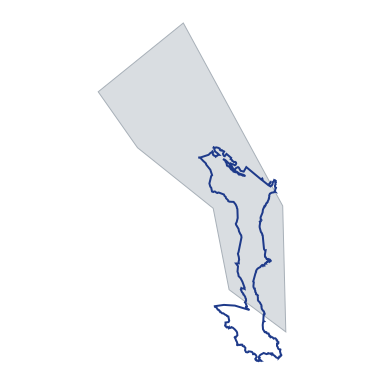 location of East Mahe, Anse Royale, Seychelles
{"feature_id": "34574756B49819614716360", "entity_name": "East Mahe", "entity_type": "district", "adm_level": 2, "iso_a3": "SYC", "parent_name": "Seychelles", "parent_adm1": "Anse Royale", "projection": "natural_earth1", "projection_center": [55.513, -4.728], "detail": "fine", "context": "in_parent", "style": "outline", "palette": "blue", "viewbox_px": 384, "rotation_deg": 0, "n_neighbors": 0, "source": "geoboundaries", "source_scale": "gbopen_adm2", "svg_char_len": 6283}
<svg xmlns="http://www.w3.org/2000/svg" viewBox="0 0 384 384"><path d="M282.7,205.9L285.8,331.9L229.1,289.7L213.2,208.3L137.5,147.7L98.2,91.8L183.3,23.0L282.7,205.9Z" fill="#d9dde1" stroke="#a8b0b8" stroke-width="1"/><path d="M213.5,147.7L214.5,148.2L214.3,149.3L215.1,151.5L217.2,153.0L219.2,154.9L218.0,154.9L217.3,155.7L216.4,155.8L215.7,156.7L215.1,156.0L214.0,155.6L213.2,154.9L213.3,154.5L212.8,154.0L212.6,153.3L213.0,152.2L212.4,151.4L211.6,152.5L210.6,152.8L208.6,154.8L200.7,157.4L198.3,157.5L200.4,157.9L203.3,161.0L205.4,162.9L206.0,163.6L206.1,164.4L206.6,165.1L210.3,169.7L212.1,175.2L211.2,176.1L209.4,183.5L210.3,186.7L211.2,187.7L212.0,191.5L213.3,192.0L214.1,191.5L214.9,191.5L216.7,192.8L217.5,193.0L218.2,192.5L219.2,192.7L223.9,194.5L224.6,196.0L225.7,196.9L226.0,198.2L228.2,200.4L228.3,201.2L229.6,201.7L233.6,201.9L235.6,204.4L236.8,207.0L236.9,208.0L237.4,209.0L237.7,218.0L236.7,222.0L235.8,223.8L236.1,224.8L238.5,228.8L239.0,231.3L240.3,234.0L241.2,235.3L241.5,237.4L238.5,252.2L237.9,253.7L238.8,257.0L239.1,259.7L238.6,261.6L238.8,263.4L236.0,263.5L238.0,266.2L237.5,271.6L238.3,274.0L238.6,276.1L240.5,278.1L242.4,281.7L244.6,287.7L244.2,287.9L244.5,288.9L243.3,288.4L241.9,288.6L241.3,288.1L240.8,289.5L242.0,292.2L243.3,293.6L243.3,294.5L244.2,295.2L245.2,296.9L245.5,298.2L245.9,298.7L246.1,300.4L245.6,301.2L245.8,301.5L245.0,302.4L245.5,302.9L246.9,306.3L246.0,306.7L245.9,307.1L246.3,307.8L249.5,310.0L234.9,305.6L223.9,304.9L214.8,306.2L214.9,306.8L216.5,307.5L217.7,309.6L218.3,309.7L219.0,310.5L219.3,310.4L219.9,311.3L220.3,311.5L220.3,312.2L221.2,312.4L222.1,313.3L223.3,313.3L225.0,314.6L226.3,315.2L227.0,316.0L227.4,315.9L228.0,316.6L228.4,316.6L229.2,320.8L228.5,322.1L225.5,322.5L225.6,324.4L225.4,324.4L225.1,325.6L225.6,325.8L225.8,326.5L226.7,327.4L227.2,327.2L227.9,327.5L228.0,327.2L228.6,327.6L228.9,327.3L229.0,328.2L229.7,327.8L230.7,327.9L231.3,327.1L232.8,327.7L234.9,329.5L236.6,331.5L237.1,332.6L237.4,335.3L236.3,336.6L236.0,336.6L235.7,337.3L235.0,337.0L234.7,337.3L235.7,339.4L236.1,340.7L236.5,341.1L237.0,342.2L237.3,343.5L237.4,344.0L237.1,344.3L237.2,345.1L237.8,345.2L238.9,344.7L239.7,345.0L240.7,344.9L240.9,344.6L242.3,344.7L242.6,345.9L244.0,346.6L244.2,346.4L245.4,347.9L245.1,350.3L246.0,352.1L247.3,352.4L248.2,352.1L248.5,351.4L250.0,351.5L251.9,351.9L253.1,353.4L253.1,354.1L254.2,354.1L254.4,353.8L254.9,354.1L255.8,355.0L256.6,356.6L256.6,357.1L255.3,358.9L255.7,359.9L256.4,360.5L257.1,360.9L257.5,360.8L257.4,360.5L258.3,361.0L258.6,360.5L259.6,360.8L260.0,360.5L260.3,360.6L260.2,360.3L260.8,360.4L259.4,359.1L259.2,358.8L259.6,357.9L258.9,357.7L258.8,357.2L259.7,355.5L260.6,354.7L263.7,353.0L266.5,354.1L267.7,353.8L267.8,353.4L268.2,353.1L269.1,353.6L270.2,353.4L270.7,354.0L271.1,353.8L271.3,354.0L271.6,353.7L272.0,354.6L272.6,353.9L273.0,354.7L274.7,355.8L274.8,356.2L275.2,356.3L276.3,357.5L278.2,358.1L278.6,357.8L278.6,358.1L279.5,357.1L279.4,356.8L279.8,356.8L280.6,356.2L280.5,355.6L281.3,355.2L281.2,354.6L280.8,354.3L280.0,351.4L280.4,349.5L280.0,349.3L279.2,349.4L278.6,349.1L277.9,347.9L277.7,346.9L277.0,346.0L277.0,343.8L277.7,343.9L278.3,343.4L278.4,342.1L277.4,341.6L277.2,340.4L276.6,340.3L276.4,339.4L275.4,338.3L274.2,338.3L273.7,338.6L272.5,337.3L271.0,337.0L270.7,336.5L270.3,337.0L269.9,336.3L269.3,336.1L269.1,334.5L268.6,334.3L268.5,333.5L266.6,333.2L266.2,332.7L266.3,332.2L265.7,331.9L264.7,332.1L263.0,329.2L262.7,325.1L263.0,322.5L263.3,321.3L263.7,321.6L264.2,321.4L263.3,320.7L263.6,315.2L263.7,314.8L264.0,315.0L264.4,314.7L264.7,313.8L263.8,311.3L263.1,310.8L261.8,308.9L261.4,306.5L261.6,306.2L261.2,304.7L260.2,303.4L260.1,302.7L258.3,300.9L257.9,300.0L257.9,297.8L257.6,295.6L257.8,295.4L257.2,294.7L256.1,294.3L256.0,293.0L255.2,291.8L255.4,291.1L254.8,289.6L254.8,288.8L254.4,288.9L253.6,287.4L253.4,286.1L253.8,282.2L253.2,281.6L255.4,273.5L256.1,271.9L255.9,271.7L256.2,270.6L257.0,269.3L258.3,268.1L260.3,267.1L260.5,266.6L261.8,265.3L262.1,265.5L262.4,265.2L262.7,265.6L262.8,265.3L263.5,265.1L263.9,265.6L264.4,265.6L264.3,264.9L265.0,263.6L265.5,263.6L265.3,263.4L265.6,263.0L266.4,262.6L266.8,261.9L267.6,262.0L268.0,260.8L268.5,261.0L268.9,260.7L269.5,261.6L269.8,261.2L270.1,261.4L270.6,261.2L270.7,260.8L270.2,260.6L270.2,259.9L269.6,259.4L269.0,259.6L268.1,258.9L266.7,259.1L265.7,257.2L265.0,256.8L264.9,254.7L265.6,250.4L265.0,250.6L264.0,249.0L262.7,235.4L262.2,234.9L262.3,234.3L261.5,232.6L261.2,232.5L260.9,231.9L259.7,227.6L259.6,226.1L260.3,221.7L259.9,222.0L259.8,221.7L260.8,221.2L260.6,220.2L260.9,219.5L261.1,219.5L260.6,218.7L260.6,217.3L262.6,212.4L262.9,209.8L264.1,206.9L264.4,207.1L265.1,206.1L263.8,205.9L265.1,206.0L266.3,203.3L266.8,202.8L267.0,202.9L267.6,202.1L267.5,201.9L269.0,198.7L268.8,198.4L269.3,196.7L269.2,195.4L269.9,193.7L271.6,192.7L274.0,192.3L274.5,191.6L275.2,191.8L274.7,191.2L275.2,190.2L275.4,188.4L275.8,188.3L276.0,187.7L275.1,187.0L274.9,186.2L275.0,185.3L275.6,184.5L275.3,182.8L275.9,182.3L275.6,181.6L275.8,180.9L274.9,180.2L274.3,180.4L274.1,180.2L273.3,181.9L272.4,182.2L272.7,182.9L272.5,184.6L270.5,186.4L268.4,185.1L270.2,183.0L270.2,182.7L268.2,185.0L262.2,180.2L262.6,179.2L262.2,178.5L261.2,179.5L246.3,167.1L243.7,171.6L240.6,170.8L238.8,167.6L238.0,167.1L236.0,168.1L235.3,168.9L234.8,170.3L234.3,170.3L234.4,169.6L233.2,168.8L231.3,165.2L230.3,163.9L229.9,164.0L229.9,163.6L230.4,163.3L231.8,164.1L233.0,164.2L234.9,165.3L235.6,164.8L236.2,163.6L236.0,162.5L235.1,161.9L233.9,162.0L233.3,161.4L232.4,161.1L231.9,160.0L230.6,159.1L231.2,157.9L226.5,153.9L224.7,156.2L223.9,155.9L223.1,154.4L223.0,153.6L224.6,150.6L224.0,151.7L221.8,150.1L221.3,150.6L220.4,150.3L219.8,149.7L219.8,148.6L218.2,147.8L216.3,147.4L215.3,147.6L214.9,148.1L213.7,147.3L213.5,147.7ZM223.0,159.1L224.5,159.6L225.8,160.5L229.8,164.3L231.5,166.9L232.7,169.6L233.4,170.4L236.8,171.7L239.2,173.5L243.7,174.9L244.7,175.6L244.6,175.9L243.9,175.8L243.7,176.2L243.9,175.4L243.5,175.2L243.0,175.7L241.0,174.7L239.0,174.6L236.7,172.1L235.7,172.3L233.5,171.6L233.3,170.8L232.7,170.6L232.7,170.3L232.1,169.6L231.8,169.8L231.3,169.4L231.4,168.8L230.9,169.1L230.2,168.1L229.8,166.9L228.8,166.4L228.4,166.5L227.6,165.7L227.0,165.6L226.2,162.2L225.7,162.0L225.1,160.5L223.0,159.1Z" fill="none" stroke="#1e3a8a" stroke-width="2"/></svg>